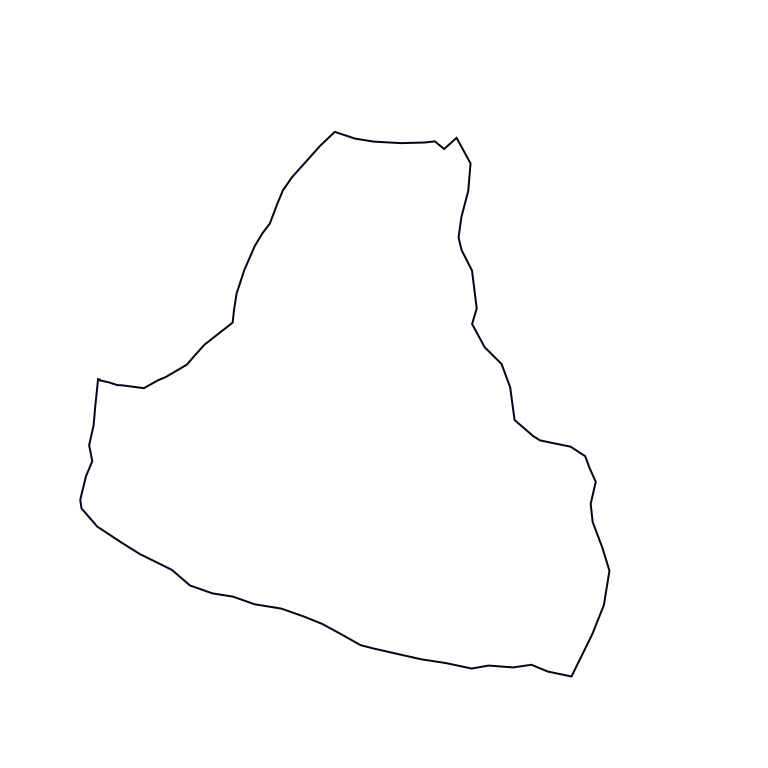 Etrek, Balkan, Turkmenistan (orthographic projection), rotated 287°
{"feature_id": "10190150B33098588070062", "entity_name": "Etrek", "entity_type": "district", "adm_level": 2, "iso_a3": "TKM", "parent_name": "Turkmenistan", "parent_adm1": "Balkan", "projection": "orthographic", "projection_center": [54.674, 38.185], "detail": "fine", "context": "isolated", "style": "outline", "palette": "ink", "viewbox_px": 768, "rotation_deg": 287, "n_neighbors": 0, "source": "geoboundaries", "source_scale": "gbopen_adm2", "svg_char_len": 1390}
<svg xmlns="http://www.w3.org/2000/svg" viewBox="0 0 768 768"><g transform="rotate(287 384 384)"><path d="M163.8,151.5L155.7,178.9L150.0,200.1L144.2,235.5L134.6,257.4L133.6,281.1L136.5,301.7L135.5,324.6L139.2,351.5L138.2,375.2L136.5,395.0L132.3,415.6L127.4,437.8L128.0,451.3L130.1,480.0L131.6,499.9L135.3,525.5L137.5,551.0L145.3,566.3L150.7,590.3L158.6,607.1L156.9,624.7L159.1,648.8L205.5,656.3L236.8,658.9L271.3,654.2L291.4,640.6L313.0,623.9L329.8,616.7L352.3,615.1L364.3,604.7L373.8,597.5L378.6,580.7L377.0,563.9L375.7,549.6L377.8,541.9L387.7,519.4L417.6,505.7L437.5,490.6L448.6,469.5L467.1,450.7L483.3,450.6L518.2,435.0L534.8,419.0L545.8,412.5L566.4,409.2L593.4,408.1L618.7,402.6L620.3,402.2L634.4,387.8L640.2,381.9L640.6,381.4L626.3,372.8L630.9,361.7L626.8,352.2L621.4,336.1L619.4,330.2L612.8,303.4L610.2,284.5L610.7,263.2L593.1,253.3L592.7,253.1L554.7,235.5L539.5,230.7L525.2,229.3L504.0,227.9L492.3,223.6L478.3,220.1L452.2,217.1L427.3,216.6L411.1,218.9L398.5,221.3L369.4,201.0L354.3,193.9L345.0,189.9L327.0,173.4L321.4,166.7L309.8,155.6L306.1,133.6L305.0,129.5L305.1,120.1L304.4,111.1L305.1,110.9L305.1,109.1L301.1,109.9L286.5,112.8L277.7,114.5L270.3,116.1L259.6,118.4L250.1,119.1L239.3,119.9L238.5,120.3L232.5,123.6L224.8,127.6L211.8,126.3L208.7,126.0L192.0,126.9L184.4,127.4L181.2,128.9L176.5,131.2L173.6,135.9L163.8,151.5Z" fill="none" stroke="#020617" stroke-width="2"/></g></svg>